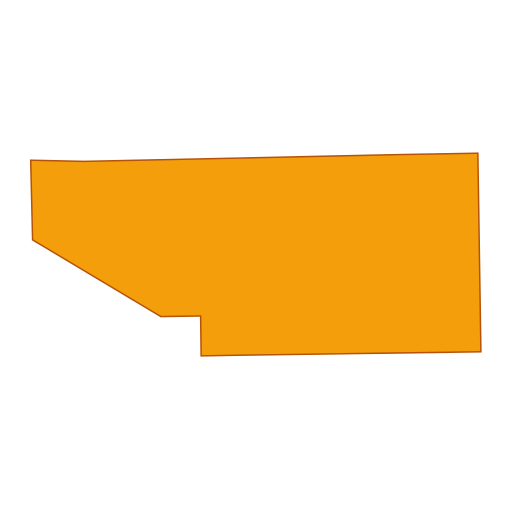 Piatt, Illinois, United States of America, rotated 269°
{"feature_id": "52423323B52608022104094", "entity_name": "Piatt", "entity_type": "district", "adm_level": 2, "iso_a3": "USA", "parent_name": "United States of America", "parent_adm1": "Illinois", "projection": "orthographic", "projection_center": [-88.573, 40.037], "detail": "fine", "context": "isolated", "style": "filled", "palette": "amber", "viewbox_px": 512, "rotation_deg": 269, "n_neighbors": 0, "source": "geoboundaries", "source_scale": "gbopen_adm2", "svg_char_len": 324}
<svg xmlns="http://www.w3.org/2000/svg" viewBox="0 0 512 512"><g transform="rotate(269 256 256)"><path d="M347.3,479.6L354.9,479.6L354.9,400.0L353.9,159.9L353.6,85.9L355.7,32.4L276.0,32.9L197.1,159.8L197.0,199.6L157.1,199.4L157.1,239.2L156.3,479.2L347.3,479.6Z" fill="#f59e0b" stroke="#b45309" stroke-width="1.5"/></g></svg>